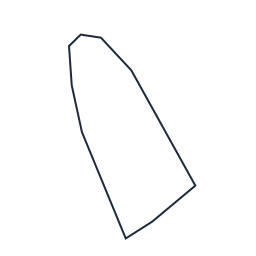 an SVG outline of Vevčani, rotated 251°
{"feature_id": "MKD-2895", "entity_name": "Vevčani", "entity_type": "Statistical Region", "adm_level": 1, "iso_a3": "MKD", "parent_name": "North Macedonia", "parent_adm1": "", "projection": "equal_earth", "projection_center": [20.565, 41.232], "detail": "fine", "context": "isolated", "style": "outline", "palette": "slate", "viewbox_px": 256, "rotation_deg": 251, "n_neighbors": 0, "source": "natural_earth", "source_scale": "10m", "svg_char_len": 278}
<svg xmlns="http://www.w3.org/2000/svg" viewBox="0 0 256 256"><g transform="rotate(251 128 128)"><path d="M51.6,172.9L31.6,120.4L24.3,89.9L139.1,83.1L186.7,88.7L224.7,98.9L231.7,113.7L222.2,131.8L181.5,149.9L51.6,172.9Z" fill="none" stroke="#1e293b" stroke-width="2"/></g></svg>